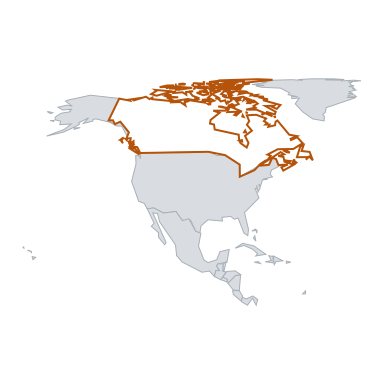 location of Canada within North America
{"feature_id": "CAN", "entity_name": "Canada", "entity_type": "country or territory", "adm_level": 0, "iso_a3": "CAN", "parent_name": "North America", "parent_adm1": "", "projection": "equal_earth", "projection_center": [-89.555, 62.395], "detail": "fine", "context": "in_parent", "style": "outline", "palette": "amber", "viewbox_px": 384, "rotation_deg": 0, "n_neighbors": 17, "source": "natural_earth", "source_scale": "50m", "svg_char_len": 10582}
<svg xmlns="http://www.w3.org/2000/svg" viewBox="0 0 384 384"><path d="M140.8,152.9L209.3,151.7L217.0,155.6L225.0,155.1L239.7,164.6L239.8,176.7L259.1,165.7L267.5,165.7L272.3,157.8L276.0,159.0L279.0,166.3L271.5,170.0L270.1,174.5L272.5,176.9L263.1,179.2L267.7,179.3L262.5,179.9L260.5,186.1L258.7,184.1L260.2,187.9L258.1,192.0L256.6,185.3L256.9,189.0L255.1,188.5L259.0,197.9L244.5,212.6L248.5,229.4L247.8,235.7L244.0,233.2L238.1,218.1L234.3,219.2L230.7,216.4L222.0,217.3L222.5,221.0L207.9,219.8L201.0,225.9L199.8,233.3L195.7,231.3L190.7,220.2L182.4,220.6L175.9,211.5L163.5,213.0L153.8,208.0L147.2,208.7L144.1,203.3L138.7,201.3L131.6,181.4L136.0,164.0L135.7,155.5L139.5,155.9L140.2,158.9L140.8,152.9ZM119.3,98.5L108.6,120.4L115.0,124.1L120.3,121.7L129.0,132.3L126.8,135.5L121.7,126.2L116.1,125.9L110.3,122.4L95.9,118.9L93.1,119.4L92.7,121.2L83.4,123.4L88.7,117.8L78.5,122.9L79.5,124.2L76.4,126.1L63.7,132.1L46.5,136.1L64.6,129.2L71.2,124.0L59.8,124.7L60.6,121.2L55.2,119.8L55.2,117.3L57.0,115.8L61.4,113.2L70.5,111.7L69.9,110.1L72.1,109.2L62.7,110.0L58.1,107.2L67.2,105.1L72.3,106.2L65.5,101.2L67.5,100.2L90.4,95.2L119.3,98.5ZM47.2,111.6L49.6,111.8L52.8,112.8L50.4,113.6L47.2,111.6ZM32.2,256.6L35.7,257.3L32.9,259.6L32.2,256.6ZM31.4,251.6L31.7,253.2L31.1,251.9L31.4,251.6ZM29.7,250.8L31.0,251.3L29.5,251.2L29.7,250.8ZM27.3,250.4L28.7,250.4L28.5,250.6L27.3,250.4ZM23.7,246.9L23.9,248.2L23.0,247.5L23.7,246.9ZM50.1,120.6L54.2,120.4L53.7,121.4L50.1,120.6ZM74.4,128.0L80.3,127.6L74.1,129.3L74.4,128.0Z" fill="#d9dde1" stroke="#a8b0b8" stroke-width="1"/><path d="M273.0,256.5L273.3,262.9L265.3,261.8L271.4,260.5L268.8,255.7L273.0,256.5Z" fill="#d9dde1" stroke="#a8b0b8" stroke-width="1"/><path d="M274.2,264.7L273.3,255.9L282.9,260.8L276.2,261.5L274.2,264.7Z" fill="#d9dde1" stroke="#a8b0b8" stroke-width="1"/><path d="M251.8,231.1L254.7,229.6L254.8,230.5L251.8,231.1ZM254.8,228.8L257.1,230.5L256.7,233.2L256.1,230.7L254.8,228.8ZM253.4,238.1L254.8,235.8L255.9,241.1L253.4,238.1Z" fill="#d9dde1" stroke="#a8b0b8" stroke-width="1"/><path d="M298.3,79.5L312.3,78.8L332.7,78.8L344.3,79.5L325.0,79.9L342.9,80.3L341.4,80.9L354.0,80.2L361.0,80.8L347.9,81.9L352.1,82.0L349.9,83.6L351.2,85.0L354.2,85.9L348.6,86.4L352.7,87.2L354.2,88.5L352.3,88.6L355.9,90.0L349.2,91.7L353.1,93.7L348.0,93.4L354.4,95.0L356.3,96.6L353.0,96.9L347.8,95.1L349.3,96.4L347.7,97.4L355.8,97.6L326.1,107.7L325.4,112.3L322.7,114.3L324.4,116.3L324.1,120.9L312.7,118.9L302.9,112.0L295.2,103.8L299.2,98.0L291.9,98.7L291.6,96.3L297.7,96.8L288.1,94.7L289.7,93.0L280.4,88.1L261.5,87.3L255.8,85.9L264.3,85.4L252.0,84.5L265.5,82.8L266.1,82.4L261.1,82.0L271.1,80.7L270.2,80.3L291.9,79.7L302.7,80.4L298.3,79.5Z" fill="#d9dde1" stroke="#a8b0b8" stroke-width="1"/><path d="M147.2,208.7L153.8,208.0L163.5,213.0L175.9,211.5L182.4,220.6L188.8,218.7L195.7,231.3L200.9,233.2L198.5,246.1L203.9,259.9L208.1,262.6L216.8,259.7L220.0,251.6L229.2,249.5L227.0,262.1L217.9,263.8L216.6,266.0L219.5,270.6L215.8,270.6L214.4,276.5L209.6,271.1L201.9,272.2L182.1,262.0L176.6,255.6L175.5,244.9L159.5,221.7L157.6,213.6L152.8,212.8L166.1,242.6L164.7,244.7L158.6,237.4L158.5,232.7L151.3,226.3L154.1,223.2L147.2,208.7Z" fill="#d9dde1" stroke="#a8b0b8" stroke-width="1"/><path d="M257.7,299.5L256.2,305.2L252.5,298.2L247.4,305.2L241.7,301.8L241.4,296.3L245.8,299.0L252.8,296.0L257.7,299.5Z" fill="#d9dde1" stroke="#a8b0b8" stroke-width="1"/><path d="M242.5,296.0L241.3,301.2L233.4,294.5L232.6,290.7L239.3,290.6L242.5,296.0Z" fill="#d9dde1" stroke="#a8b0b8" stroke-width="1"/><path d="M239.3,290.6L233.3,290.0L227.6,282.9L235.5,275.5L240.6,274.7L239.3,290.6Z" fill="#d9dde1" stroke="#a8b0b8" stroke-width="1"/><path d="M240.6,274.7L235.5,275.5L228.6,282.6L222.7,277.0L226.8,271.4L235.3,270.9L240.6,274.7Z" fill="#d9dde1" stroke="#a8b0b8" stroke-width="1"/><path d="M222.7,277.0L227.4,279.4L226.9,281.9L220.5,279.6L222.7,277.0Z" fill="#d9dde1" stroke="#a8b0b8" stroke-width="1"/><path d="M214.4,276.5L215.8,270.6L219.5,270.6L216.6,266.0L217.9,263.8L223.3,263.8L223.0,271.3L225.9,271.9L222.7,277.0L220.5,279.6L214.4,276.5Z" fill="#d9dde1" stroke="#a8b0b8" stroke-width="1"/><path d="M223.3,263.8L226.2,261.8L223.9,271.3L223.0,271.3L223.3,263.8Z" fill="#d9dde1" stroke="#a8b0b8" stroke-width="1"/><path d="M286.4,261.1L290.8,262.2L286.3,263.3L286.4,261.1Z" fill="#d9dde1" stroke="#a8b0b8" stroke-width="1"/><path d="M254.2,262.2L258.3,261.6L260.4,263.5L254.2,262.2Z" fill="#d9dde1" stroke="#a8b0b8" stroke-width="1"/><path d="M242.7,243.3L253.8,245.9L265.9,254.3L255.7,256.0L257.6,253.8L252.8,249.3L244.0,245.4L235.1,248.2L242.7,243.3Z" fill="#d9dde1" stroke="#a8b0b8" stroke-width="1"/><path d="M302.6,293.9L305.5,290.9L305.5,293.8L302.6,293.9Z" fill="#d9dde1" stroke="#a8b0b8" stroke-width="1"/><path d="M128.9,132.4L120.3,121.7L115.0,124.1L112.9,120.3L108.6,120.4L119.2,98.6L129.7,100.6L128.8,99.7L142.5,97.7L135.4,99.4L133.6,100.2L133.9,100.4L145.9,96.7L149.5,99.1L152.4,97.6L152.3,99.2L172.6,101.2L169.9,102.4L180.3,102.0L185.4,105.5L184.5,102.4L189.3,100.8L184.1,100.7L188.6,100.1L205.9,102.8L203.6,101.2L206.2,101.0L209.1,101.5L210.0,104.2L208.0,104.1L209.2,105.0L208.7,104.3L210.1,104.3L210.4,103.6L210.1,102.0L214.2,100.7L208.2,97.5L212.2,94.1L218.1,97.5L215.4,98.5L220.4,99.0L218.7,99.3L220.7,101.4L225.1,100.3L226.6,103.8L231.5,100.4L230.2,98.2L238.9,100.4L236.3,101.1L238.7,104.0L234.8,105.6L232.4,104.2L231.8,104.1L231.2,104.4L233.9,105.9L228.0,105.2L229.6,106.2L226.5,107.9L221.7,106.6L218.2,106.5L227.4,108.3L225.2,110.7L213.3,110.7L219.6,112.8L210.6,119.9L210.0,123.6L214.0,124.5L214.7,129.5L238.7,134.7L239.2,140.7L240.5,143.1L246.7,147.5L248.5,142.9L245.0,135.9L251.9,130.7L246.9,124.8L249.2,121.1L246.8,115.3L256.3,114.8L266.1,118.5L263.9,121.1L267.1,123.0L265.5,124.5L269.5,124.5L268.4,126.8L275.0,125.3L275.6,121.7L277.4,120.5L289.2,134.7L297.0,136.1L290.6,138.8L291.0,140.0L297.2,137.3L302.7,143.2L293.3,149.0L277.8,149.2L267.5,154.6L270.7,155.8L267.5,159.9L265.3,160.7L260.3,164.0L254.4,170.2L239.8,176.7L239.7,164.6L225.0,155.1L208.4,151.8L140.2,153.0L137.2,147.1L130.5,146.3L133.4,144.6L131.1,143.2L133.6,143.5L133.5,141.2L131.1,143.0L130.1,144.4L130.7,138.2L126.4,138.6L128.9,132.4ZM227.9,95.9L231.4,95.9L231.6,94.7L229.2,94.1L232.3,92.6L230.0,92.1L237.3,91.0L240.0,92.6L238.9,94.2L246.6,92.7L251.9,94.0L250.7,95.5L257.2,94.9L255.5,96.2L263.8,96.7L260.9,97.8L268.0,99.4L262.9,100.2L280.4,105.0L276.7,108.9L272.4,107.0L274.1,105.7L265.3,106.0L275.7,111.8L274.8,114.4L266.1,111.8L272.5,116.3L256.5,109.7L246.1,109.6L255.5,107.6L253.5,106.0L257.7,103.6L253.8,100.5L248.3,100.5L250.0,99.5L242.9,96.7L237.8,97.7L239.3,98.4L225.4,97.4L222.3,95.8L226.8,95.9L221.2,94.1L223.7,91.5L230.8,90.9L227.7,92.7L228.6,94.2L231.0,95.2L227.9,95.9ZM257.7,79.2L272.6,79.8L245.1,82.7L249.5,83.2L242.1,83.2L249.8,83.6L236.0,85.5L243.6,86.1L238.5,87.1L222.1,86.6L227.2,85.6L224.9,84.8L231.5,85.4L233.1,85.3L234.9,84.5L225.8,84.3L227.1,83.6L233.6,83.6L236.3,83.3L227.6,81.8L238.6,82.6L234.0,81.8L244.9,81.2L241.6,81.1L244.8,80.6L230.0,81.5L227.4,81.4L233.3,80.9L225.4,81.4L222.6,81.1L227.6,81.0L230.4,80.8L218.3,80.4L257.7,79.2ZM173.7,93.0L182.6,92.3L186.3,94.7L186.1,92.0L189.5,91.9L192.6,95.8L199.4,98.3L194.3,98.5L197.5,99.5L195.2,100.3L187.8,99.0L174.6,101.0L167.0,97.8L178.2,97.3L166.6,96.6L165.2,96.0L171.6,95.0L164.5,94.5L169.9,92.1L174.6,91.7L173.7,93.0ZM278.5,165.1L276.0,159.0L272.3,157.8L269.0,164.8L259.5,165.7L280.6,152.1L284.1,154.3L278.3,156.0L283.4,156.9L284.5,161.7L293.7,164.7L283.3,170.6L281.4,167.3L287.8,164.5L278.5,165.1ZM155.1,89.9L172.4,91.4L156.5,95.7L151.2,94.1L156.5,90.9L155.1,89.9ZM217.9,80.9L225.5,81.7L230.3,82.9L218.7,84.3L213.7,83.3L218.9,82.8L209.0,82.0L217.9,80.9ZM213.3,86.0L223.3,88.2L236.0,87.6L241.3,89.0L218.4,89.5L215.5,86.8L208.4,86.2L213.3,86.0ZM174.6,86.6L192.1,87.8L178.4,89.8L174.9,89.4L181.5,88.5L169.1,88.5L174.6,86.6ZM303.6,145.1L301.6,151.0L309.6,151.9L312.8,160.3L309.2,156.5L305.9,159.7L307.9,157.1L296.9,157.2L300.2,146.7L303.6,145.1ZM199.1,91.4L203.7,91.0L207.6,90.9L204.9,92.3L208.5,92.8L208.3,94.3L203.2,95.2L196.6,92.7L201.6,92.4L199.1,91.4ZM229.9,106.8L232.7,107.7L241.9,111.6L227.2,112.1L229.9,106.8ZM210.4,91.0L220.6,90.7L211.1,94.0L210.4,91.0ZM173.9,85.4L170.3,86.9L159.6,87.1L167.3,85.5L173.9,85.4ZM206.9,86.7L206.1,88.8L197.2,88.0L200.6,87.7L199.2,86.7L206.9,86.7ZM192.8,83.1L202.9,83.6L204.7,84.5L192.8,83.1ZM128.6,147.7L135.3,148.8L139.4,154.6L128.6,147.7ZM238.8,91.1L245.8,91.4L248.1,92.5L238.8,91.1ZM201.9,99.8L208.5,99.2L210.6,100.3L201.9,99.8ZM214.5,88.8L212.6,89.5L208.7,88.8L212.1,87.9L214.5,88.8ZM207.8,83.5L212.2,84.4L206.0,83.6L207.8,83.5ZM248.1,101.5L251.5,103.2L247.3,103.1L248.1,101.5ZM180.2,84.5L185.1,84.5L178.3,84.8L180.2,84.5ZM193.2,91.2L190.1,91.7L188.7,91.4L193.2,91.2ZM294.2,159.2L294.2,163.3L295.0,161.4L296.4,162.6L294.5,163.8L292.5,163.4L294.2,159.2ZM183.0,83.6L185.7,84.1L178.5,84.1L183.0,83.6ZM289.8,152.6L286.7,152.2L282.9,150.2L286.9,150.7L289.8,152.6ZM238.3,113.6L236.2,115.5L234.3,114.9L235.4,113.8L238.3,113.6ZM120.3,139.8L123.6,137.4L122.0,140.0L120.3,139.8ZM209.7,85.0L214.6,84.8L215.5,85.0L209.7,85.0ZM197.4,86.9L196.2,87.7L194.3,87.2L197.4,86.9ZM284.6,160.2L286.5,160.6L290.7,161.1L288.9,162.5L284.6,160.2ZM242.7,115.2L243.6,116.9L242.3,116.5L242.7,115.2ZM169.7,87.2L167.0,88.1L165.9,87.9L169.7,87.2ZM220.9,85.1L219.4,85.4L219.1,85.1L220.9,85.1ZM193.0,85.0L193.0,85.6L191.6,84.9L193.0,85.0ZM120.7,140.3L121.8,141.1L122.9,143.3L120.7,140.3ZM241.9,140.1L242.1,141.4L239.8,140.6L241.9,140.1ZM203.7,82.0L205.0,82.4L202.9,82.1L203.7,82.0ZM195.5,88.6L193.5,88.8L193.1,88.7L195.5,88.6ZM194.0,86.5L195.7,86.5L196.9,86.7L194.0,86.5ZM128.5,140.8L129.7,142.2L129.1,142.9L128.5,140.8ZM254.9,102.1L252.8,102.4L252.2,102.0L254.9,102.1ZM245.2,130.5L246.0,132.4L244.1,132.3L245.2,130.5ZM176.5,84.4L175.8,84.8L175.1,84.6L176.5,84.4ZM206.6,90.4L204.0,90.8L203.2,90.7L206.6,90.4ZM246.3,112.3L247.8,113.0L245.6,112.5L246.3,112.3ZM243.7,100.1L244.0,99.2L244.8,99.3L243.7,100.1ZM228.5,101.6L227.4,101.8L227.9,101.4L228.5,101.6ZM200.9,84.9L198.4,84.9L198.3,84.7L200.9,84.9ZM240.3,98.3L241.3,98.9L239.6,98.5L240.3,98.3ZM221.4,86.1L220.9,86.6L220.2,86.2L221.4,86.1ZM232.7,106.2L235.3,107.1L233.4,106.9L232.7,106.2ZM176.8,86.0L177.1,86.3L175.0,86.2L176.8,86.0ZM276.0,116.9L274.7,117.1L274.6,116.9L276.0,116.9ZM247.9,99.2L246.7,99.5L246.6,99.1L247.9,99.2ZM232.1,106.7L231.4,107.0L231.2,106.4L232.1,106.7ZM209.3,87.9L208.3,88.3L208.0,88.2L209.3,87.9ZM263.2,114.2L262.6,114.5L261.5,113.8L263.2,114.2ZM251.5,100.6L250.9,101.0L250.7,100.8L251.5,100.6ZM242.2,87.2L241.2,87.6L240.6,87.5L242.2,87.2ZM127.0,139.5L126.8,140.2L125.8,139.1L127.0,139.5Z" fill="none" stroke="#b45309" stroke-width="2"/></svg>